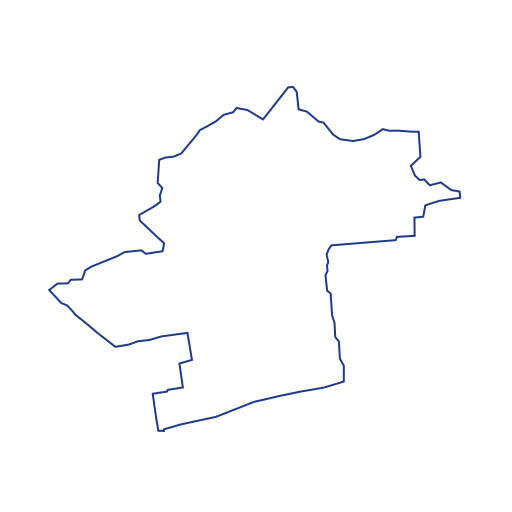 outline of Serhetabat, Mary, Turkmenistan, rotated 174°
{"feature_id": "10190150B87689177497329", "entity_name": "Serhetabat", "entity_type": "district", "adm_level": 2, "iso_a3": "TKM", "parent_name": "Turkmenistan", "parent_adm1": "Mary", "projection": "robinson", "projection_center": [62.585, 35.938], "detail": "fine", "context": "isolated", "style": "outline", "palette": "blue", "viewbox_px": 512, "rotation_deg": 174, "n_neighbors": 0, "source": "geoboundaries", "source_scale": "gbopen_adm2", "svg_char_len": 2026}
<svg xmlns="http://www.w3.org/2000/svg" viewBox="0 0 512 512"><g transform="rotate(174 256 256)"><path d="M86.6,316.0L89.4,319.2L92.6,329.5L82.9,336.8L82.1,337.4L81.3,360.2L81.2,362.6L88.5,363.4L101.4,365.8L110.3,366.6L116.7,368.9L125.6,364.2L136.2,361.0L147.5,360.2L160.4,363.4L166.8,368.9L174.9,381.6L179.7,383.2L190.2,394.2L198.3,397.4L198.3,406.9L198.3,414.8L201.5,420.3L206.4,420.3L234.7,391.1L249.3,402.1L254.9,403.7L259.8,405.3L263.8,401.3L273.5,399.8L281.6,394.2L290.5,390.3L298.6,387.1L302.6,382.4L319.6,365.8L327.6,363.4L335.7,363.4L342.2,361.8L346.2,338.9L342.1,333.4L345.3,326.3L345.3,320.0L351.8,316.1L367.9,309.0L367.9,303.5L351.7,284.6L346.0,278.3L348.4,270.5L365.4,269.7L369.4,273.6L386.4,273.6L393.6,270.5L421.0,262.6L427.4,259.5L431.4,250.9L442.7,251.7L445.9,248.5L456.4,249.3L465.2,243.8L464.8,243.2L458.8,235.2L456.9,232.7L454.7,229.7L449.1,226.6L444.2,220.3L441.8,216.4L437.9,212.6L435.3,210.1L432.1,206.9L422.4,196.8L405.4,180.4L391.7,181.2L382.1,183.6L370.8,183.6L359.5,185.7L358.7,185.9L332.2,186.7L330.6,160.1L330.5,159.4L334.8,158.6L342.7,157.2L343.4,157.0L343.2,152.4L342.5,132.9L357.8,132.1L358.6,130.5L373.1,129.8L372.7,117.8L372.2,105.6L371.9,100.6L371.4,92.4L365.8,91.7L365.8,93.2L361.6,94.0L356.9,94.8L348.9,96.3L334.4,97.9L312.8,100.2L273.4,111.1L272.8,111.2L261.8,112.5L248.5,114.2L226.0,116.5L221.2,116.8L211.8,117.4L201.9,118.1L192.3,119.9L181.8,122.0L181.4,125.9L180.2,136.7L180.1,137.5L181.2,140.0L183.3,145.3L182.9,153.7L182.5,162.5L184.1,164.8L185.7,167.2L184.9,181.2L185.8,185.4L186.5,189.0L185.7,210.9L188.0,213.2L188.9,214.1L188.9,215.2L188.9,229.7L186.4,233.6L186.4,238.2L186.4,239.1L184.8,242.2L185.6,250.1L183.2,254.8L181.4,257.0L180.3,258.3L179.9,258.7L116.0,257.2L115.5,257.1L113.8,260.3L96.9,259.5L96.1,259.5L96.1,259.8L94.4,277.4L94.4,277.6L87.0,277.6L85.6,277.6L82.8,286.9L82.3,288.6L75.8,290.1L67.8,291.7L47.6,292.5L46.8,292.5L46.8,298.8L54.8,301.1L64.5,309.8L65.2,309.7L75.8,308.2L80.6,314.5L85.4,314.5L86.6,316.0Z" fill="none" stroke="#1e3a8a" stroke-width="2"/></g></svg>